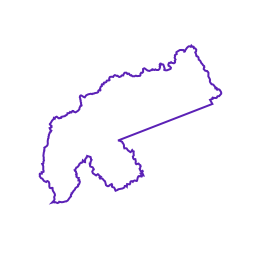 the district of Parauapebas, Pará, Brazil, rotated 339°
{"feature_id": "56859067B78091380909488", "entity_name": "Parauapebas", "entity_type": "district", "adm_level": 2, "iso_a3": "BRA", "parent_name": "Brazil", "parent_adm1": "Pará", "projection": "natural_earth1", "projection_center": [-50.55, -6.199], "detail": "fine", "context": "isolated", "style": "outline", "palette": "violet", "viewbox_px": 256, "rotation_deg": 339, "n_neighbors": 0, "source": "geoboundaries", "source_scale": "gbopen_adm2", "svg_char_len": 5720}
<svg xmlns="http://www.w3.org/2000/svg" viewBox="0 0 256 256"><g transform="rotate(339 128 128)"><path d="M125.4,177.8L125.4,176.5L125.2,175.6L124.3,175.4L123.9,174.9L124.9,174.8L126.3,173.7L126.2,173.2L125.6,173.3L124.4,172.8L124.2,170.2L125.1,169.7L125.6,168.5L126.1,168.3L126.2,167.2L125.5,166.2L125.1,165.0L122.8,164.8L122.5,164.2L122.6,163.2L123.3,162.0L123.7,159.7L122.3,159.2L122.0,158.2L122.3,156.4L123.6,155.6L124.2,153.4L124.9,152.0L124.4,151.7L124.0,150.1L123.5,150.4L123.4,151.0L121.6,151.4L119.9,148.8L119.4,146.6L118.9,146.2L117.3,145.7L117.5,143.9L117.8,143.5L118.1,142.2L117.9,140.4L117.6,140.0L117.6,138.8L115.5,136.8L114.2,136.1L215.4,135.8L214.7,131.1L217.1,131.1L217.5,130.2L218.0,130.0L218.5,130.8L218.9,130.6L221.0,131.6L222.0,131.4L222.6,130.6L223.1,130.5L224.5,130.9L227.3,129.4L227.7,128.3L227.7,127.3L227.2,125.1L226.5,124.3L225.0,124.3L224.6,123.8L225.2,122.7L224.9,122.1L223.8,122.1L224.0,120.8L223.3,118.5L222.7,117.6L221.7,117.1L221.1,114.9L221.1,114.0L221.3,113.3L221.8,112.7L221.9,111.4L221.5,108.6L222.9,105.3L222.7,104.1L222.3,103.7L222.3,103.2L220.6,102.2L219.8,100.1L220.6,98.8L221.0,98.7L221.3,97.5L220.6,96.4L220.2,94.6L219.8,94.0L219.5,91.0L218.5,89.5L219.0,87.9L219.0,87.0L218.5,86.0L218.1,85.9L217.6,85.1L218.0,83.7L217.9,81.5L218.3,81.5L219.0,80.9L219.8,79.3L219.4,78.0L218.8,77.4L218.1,77.2L218.4,75.7L218.0,75.4L217.3,75.3L216.7,73.8L216.3,74.2L216.3,74.7L215.8,74.8L215.0,73.9L213.8,73.5L211.9,74.2L209.4,75.9L208.6,76.9L207.9,76.9L208.0,76.0L207.8,75.2L207.2,74.8L206.5,74.8L205.9,74.3L204.3,73.8L200.5,74.5L200.1,75.1L200.0,76.4L198.1,76.7L197.7,77.1L197.5,78.2L196.7,79.1L196.9,81.2L195.8,81.9L195.7,83.1L195.3,83.7L194.0,84.0L192.3,82.9L191.8,82.0L190.9,82.4L189.8,81.9L189.2,82.3L188.3,83.4L188.2,84.5L189.1,85.4L189.7,87.1L189.0,88.0L188.4,88.1L185.0,88.1L183.4,87.4L182.7,86.7L183.5,85.8L183.7,81.8L183.3,81.0L182.2,80.8L181.7,79.6L181.1,79.5L180.2,80.3L180.3,81.3L179.6,82.0L179.8,82.5L179.5,83.0L178.4,84.3L177.0,84.7L175.1,83.9L174.6,83.1L173.4,83.3L172.4,82.6L172.1,82.0L171.6,81.9L171.1,82.5L170.5,82.3L168.4,82.4L166.8,81.3L164.8,78.2L164.1,78.1L163.2,78.3L162.2,81.1L161.1,81.6L160.2,81.1L159.1,81.8L158.5,83.2L157.8,83.6L155.0,82.8L154.3,82.1L153.6,81.9L152.7,82.1L150.7,81.3L150.0,79.9L149.5,80.0L148.7,79.1L148.5,77.7L148.0,77.4L147.0,77.5L146.6,77.1L146.5,76.0L146.2,75.7L144.6,75.2L142.7,76.6L142.4,77.2L140.9,76.7L139.9,77.3L138.3,77.3L137.8,77.0L137.0,75.5L136.4,75.5L134.7,73.9L133.4,74.2L132.5,75.0L130.7,74.1L129.5,73.9L128.9,74.2L128.0,75.4L128.0,76.6L127.6,76.8L125.1,76.2L124.2,77.3L122.5,77.4L122.1,77.0L121.7,77.1L121.0,77.8L120.8,78.4L119.3,77.9L118.9,78.3L118.7,79.4L117.3,79.7L115.8,81.5L115.9,82.7L115.6,83.0L114.2,82.3L113.7,82.5L113.0,83.8L112.1,84.0L109.0,83.5L108.4,83.7L107.5,83.3L106.6,83.5L105.6,82.7L102.9,82.3L100.7,82.5L98.6,83.9L97.8,83.2L96.3,81.2L95.8,80.7L95.3,80.7L94.7,81.0L94.0,82.0L94.0,83.4L93.6,84.5L93.8,85.1L93.2,86.4L93.3,87.6L92.8,88.5L92.8,90.2L92.5,90.5L91.7,90.2L89.9,91.9L89.3,93.1L87.5,94.0L84.7,94.6L83.4,93.6L83.1,92.6L82.3,92.2L81.9,92.6L80.9,92.7L80.7,93.2L80.3,93.2L79.6,92.3L78.5,93.0L76.8,92.5L76.4,93.3L75.1,94.0L74.2,93.8L73.4,94.3L69.8,93.7L69.3,94.6L68.7,94.6L67.9,94.2L67.1,94.3L66.7,94.0L65.5,91.9L64.5,91.9L63.9,92.0L62.9,93.1L62.3,92.2L61.9,92.9L59.8,93.9L57.3,95.9L56.5,96.2L56.3,96.7L57.3,98.6L56.8,99.0L57.0,99.7L56.4,100.0L54.8,100.0L54.9,102.2L55.5,103.0L54.5,103.9L53.6,103.9L53.1,104.4L52.9,105.0L51.8,105.7L51.4,106.9L50.7,107.4L50.3,108.8L49.5,109.4L48.3,111.5L47.5,113.9L46.7,115.1L45.6,115.8L42.8,116.4L42.6,117.5L41.7,118.7L41.8,119.2L40.7,120.5L39.0,123.7L38.8,125.3L38.0,127.1L38.0,128.1L36.9,129.2L36.3,130.7L35.9,131.0L35.0,130.8L35.0,131.6L35.3,132.0L35.1,133.6L33.9,136.6L33.9,137.6L33.5,138.6L32.5,138.7L31.6,138.3L31.2,139.7L29.3,139.1L29.0,139.5L28.8,140.6L28.3,141.4L28.8,143.6L29.9,144.6L30.5,147.2L30.9,147.7L32.3,149.1L33.4,148.6L33.9,148.7L34.7,149.9L34.6,151.9L33.6,154.3L33.5,155.8L34.2,156.4L35.8,156.7L36.1,157.1L35.6,158.0L35.4,159.7L36.0,162.9L35.8,164.5L34.3,166.0L33.9,168.2L33.6,168.6L32.5,169.4L30.4,170.4L31.9,170.5L32.7,171.1L33.3,171.0L35.3,172.8L36.6,172.8L37.3,172.2L39.6,173.6L41.0,173.9L43.4,174.1L44.0,174.4L45.7,174.1L48.9,172.0L50.3,171.4L50.3,170.9L50.8,169.9L51.5,169.7L51.9,168.7L52.6,168.8L53.2,168.1L54.1,167.8L54.4,167.3L56.4,166.4L57.2,165.4L58.7,164.9L60.1,164.7L60.7,164.3L60.8,163.4L61.4,162.9L61.9,163.1L62.3,162.8L63.5,161.4L63.9,160.5L63.7,159.7L63.1,159.3L63.7,158.9L63.3,158.5L63.5,157.8L64.1,157.1L63.4,156.7L62.4,155.1L62.6,154.3L63.0,154.0L62.9,152.7L63.7,152.5L63.6,150.7L63.8,150.1L63.5,149.1L63.1,148.9L63.1,148.3L63.7,148.4L64.1,147.7L65.6,146.4L66.1,146.5L67.8,146.0L68.8,145.0L69.4,144.9L69.8,144.1L71.6,143.5L72.2,143.9L73.1,143.7L74.2,142.1L75.2,144.2L75.7,144.5L76.0,143.6L75.8,142.8L76.6,142.5L76.8,141.9L77.9,141.1L78.6,140.9L78.8,140.4L79.6,140.2L79.9,139.5L82.6,141.6L82.4,142.2L82.6,142.9L82.2,143.9L82.6,144.7L81.1,146.0L80.1,147.8L79.5,147.5L79.3,148.0L79.3,148.7L79.0,149.7L79.0,150.4L80.9,152.0L81.3,153.9L81.2,154.5L80.1,154.8L79.0,155.9L79.0,157.7L81.2,160.8L81.7,160.5L82.7,160.6L83.3,160.3L83.7,160.7L84.1,162.3L85.1,163.6L83.7,164.0L83.8,165.2L85.6,165.7L86.0,166.2L86.9,168.7L87.3,169.1L87.4,170.2L87.0,173.5L87.8,174.7L88.3,175.1L89.1,175.3L90.7,174.7L92.7,174.5L92.8,175.5L92.0,176.8L92.2,177.5L93.6,178.5L93.9,179.7L93.8,181.1L93.9,182.1L96.2,182.1L96.9,181.7L101.3,182.5L103.3,182.2L104.2,181.0L105.5,181.3L105.9,182.3L107.1,180.0L109.4,181.2L110.0,180.8L111.1,179.0L111.6,178.8L112.6,179.0L113.2,180.0L114.0,179.4L115.5,179.4L116.9,180.5L117.5,180.5L119.4,177.7L120.3,176.9L121.0,176.8L121.8,177.5L122.9,176.8L123.5,178.1L124.6,177.3L125.4,177.8Z" fill="none" stroke="#5b21b6" stroke-width="2"/></g></svg>